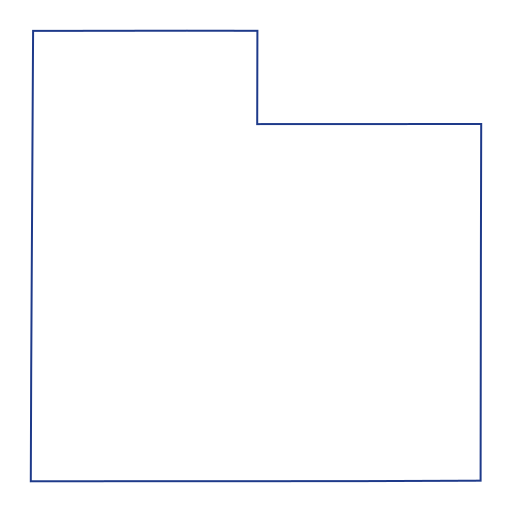 the district of Rice, Minnesota, United States of America
{"feature_id": "52423323B99924975008254", "entity_name": "Rice", "entity_type": "district", "adm_level": 2, "iso_a3": "USA", "parent_name": "United States of America", "parent_adm1": "Minnesota", "projection": "albers", "projection_center": [-93.255, 44.37], "detail": "fine", "context": "isolated", "style": "outline", "palette": "blue", "viewbox_px": 512, "rotation_deg": 0, "n_neighbors": 0, "source": "geoboundaries", "source_scale": "gbopen_adm2", "svg_char_len": 289}
<svg xmlns="http://www.w3.org/2000/svg" viewBox="0 0 512 512"><path d="M476.2,480.7L480.6,480.7L480.9,254.8L481.2,124.0L257.2,124.1L257.4,30.8L187.0,30.7L33.1,30.9L31.2,368.9L30.8,481.3L141.0,481.2L252.6,481.2L368.1,481.1L476.2,480.7Z" fill="none" stroke="#1e3a8a" stroke-width="2"/></svg>